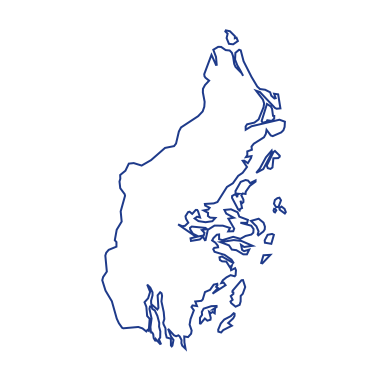 Stockholm, Albers equal-area conic projection, rotated 350°
{"feature_id": "SWE-194", "entity_name": "Stockholm", "entity_type": "County", "adm_level": 1, "iso_a3": "SWE", "parent_name": "Sweden", "parent_adm1": "", "projection": "albers", "projection_center": [18.361, 59.539], "detail": "fine", "context": "isolated", "style": "outline", "palette": "blue", "viewbox_px": 384, "rotation_deg": 350, "n_neighbors": 0, "source": "natural_earth", "source_scale": "10m", "svg_char_len": 6128}
<svg xmlns="http://www.w3.org/2000/svg" viewBox="0 0 384 384"><g transform="rotate(350 192 192)"><path d="M235.0,60.3L237.7,71.0L238.4,71.0L239.1,63.2L237.7,55.6L243.0,53.6L245.9,54.2L249.8,58.1L253.7,59.2L255.4,61.7L256.0,65.4L255.8,73.2L256.6,76.4L261.6,83.7L262.5,86.5L260.7,80.7L258.6,75.0L257.4,69.1L258.9,62.5L263.1,60.1L264.6,61.0L265.5,72.2L270.6,89.0L274.6,99.5L276.8,102.4L281.8,104.0L286.3,107.4L286.8,110.9L289.4,114.2L290.7,114.1L289.9,109.5L293.8,110.8L293.6,125.0L289.8,124.7L288.3,123.6L276.2,105.3L272.7,103.4L277.9,113.4L278.4,117.3L277.2,120.9L270.2,132.1L265.5,134.5L258.0,134.9L256.2,136.8L255.7,140.0L262.0,137.6L290.7,136.0L295.7,138.9L294.5,144.0L292.7,147.1L290.2,148.8L281.2,151.0L279.4,150.0L276.2,143.7L274.8,147.6L272.4,150.6L261.2,155.2L258.5,157.6L258.3,160.8L253.5,161.6L252.9,165.2L251.2,167.0L256.8,167.0L256.0,168.8L252.0,173.3L248.9,170.2L247.4,170.1L250.5,176.9L245.2,181.9L240.3,184.1L233.8,190.5L227.3,193.1L215.3,206.3L211.4,207.0L202.6,206.0L202.6,207.6L206.6,210.6L205.0,212.1L200.3,212.2L204.2,215.3L203.5,218.4L205.4,220.4L210.5,221.6L207.0,224.3L200.1,224.1L193.3,221.8L190.0,218.5L192.7,217.2L195.5,218.5L194.6,212.0L194.0,210.6L192.6,210.3L188.4,213.6L186.2,211.0L184.7,211.1L181.4,214.7L181.4,217.2L183.0,221.6L179.2,224.1L176.5,224.0L172.7,221.5L188.4,237.0L182.5,237.4L182.5,240.0L191.5,240.1L194.2,238.4L195.4,238.8L196.3,241.7L197.0,241.7L201.0,232.0L208.3,229.0L216.5,230.5L223.2,234.0L220.8,237.1L225.8,237.8L227.2,235.4L223.2,224.6L228.7,224.6L222.0,219.2L220.8,215.3L227.4,215.8L233.4,219.9L234.3,224.5L242.2,229.2L240.9,232.0L234.3,230.7L244.5,235.5L246.2,239.2L245.3,242.7L243.1,244.2L237.1,244.6L231.5,246.5L224.8,243.3L213.6,244.7L210.5,243.2L211.3,238.5L209.0,238.4L205.2,241.0L203.4,243.2L206.2,245.9L208.1,249.4L208.1,251.0L204.2,250.9L203.0,252.0L203.8,254.8L213.2,259.6L219.1,265.4L220.8,269.5L210.3,260.7L207.7,261.1L207.7,263.8L209.6,265.5L213.7,266.5L216.2,272.6L218.5,271.2L216.9,274.3L216.9,275.8L221.2,274.5L221.7,276.7L220.5,281.5L219.4,282.4L215.6,280.6L211.2,282.0L207.0,284.3L205.0,286.8L207.4,286.7L208.9,289.6L194.6,295.7L200.9,291.1L199.3,289.6L200.9,288.2L200.9,286.8L197.3,287.0L192.8,291.5L187.4,292.8L183.9,299.7L182.4,300.8L176.2,300.4L177.1,305.2L172.8,303.8L171.5,305.2L173.3,308.8L168.5,316.9L166.6,322.2L167.6,328.4L166.5,331.4L162.9,334.2L159.3,332.9L158.4,338.8L158.4,345.3L155.7,341.6L155.3,339.0L156.0,336.0L154.8,332.1L153.7,330.8L151.3,331.3L149.4,330.0L144.7,322.6L146.2,330.6L148.1,334.5L146.0,339.9L145.2,340.5L144.6,339.5L145.7,332.8L141.8,330.9L141.5,326.7L142.2,321.6L141.0,317.3L141.0,315.6L142.7,312.3L143.3,305.3L142.9,294.4L144.5,289.1L144.4,286.5L143.2,285.2L140.2,287.8L138.8,300.3L137.5,301.7L132.4,295.3L132.8,292.0L135.2,286.9L135.7,283.9L134.3,278.9L131.8,275.4L133.4,283.1L130.3,289.1L126.1,292.3L127.1,297.1L126.3,306.3L128.3,309.5L125.3,321.2L124.2,320.1L122.8,321.4L119.5,317.7L115.7,315.6L100.7,314.3L99.6,313.6L97.2,308.5L95.9,303.6L94.1,285.7L89.7,274.1L88.3,263.3L89.7,260.3L94.3,255.6L95.6,239.6L97.0,236.9L99.9,234.5L108.1,232.7L108.9,228.2L107.6,226.1L111.3,216.1L117.6,208.9L118.4,198.7L125.4,184.1L125.3,182.4L122.0,175.8L122.4,169.1L123.7,166.5L124.2,162.8L130.1,159.5L134.7,153.1L139.6,153.4L147.0,157.2L157.2,153.5L173.1,143.9L182.3,143.7L184.7,141.5L189.6,130.1L192.4,126.5L211.2,118.4L216.5,114.5L218.9,110.2L220.1,105.4L220.0,95.8L220.7,92.3L223.4,88.9L228.2,85.3L225.1,81.8L224.4,80.2L224.5,78.1L235.0,60.3ZM250.0,196.0L245.0,201.0L244.4,203.2L241.6,202.3L240.0,203.8L241.3,208.4L240.9,210.8L239.7,211.6L238.7,210.9L238.2,209.0L238.5,216.5L236.4,217.1L235.7,218.5L234.4,217.1L230.4,204.7L230.8,202.9L233.5,201.9L234.8,202.5L235.8,205.0L236.0,202.8L238.1,202.0L234.7,201.1L235.0,198.6L241.7,190.5L246.8,189.5L249.2,190.5L250.8,193.3L256.6,191.6L256.4,192.8L250.0,196.0ZM137.0,315.2L136.2,318.9L136.6,323.8L135.7,328.2L135.4,329.8L133.8,331.3L134.9,335.9L134.2,336.1L131.1,331.1L131.0,332.2L129.9,331.9L128.9,329.2L129.1,325.4L128.4,323.5L127.4,323.3L127.3,321.7L127.6,317.8L130.2,309.6L129.8,299.7L130.8,297.4L132.1,297.3L132.7,300.3L134.8,302.2L136.4,308.0L137.0,315.2ZM226.9,287.6L227.9,294.8L224.3,301.1L221.9,302.8L220.9,308.2L219.3,311.4L215.0,312.5L211.3,308.2L210.9,306.5L213.3,305.2L212.1,301.2L215.0,299.6L215.3,298.1L214.4,297.4L214.8,296.3L225.4,287.5L226.9,287.6ZM221.2,255.6L219.2,251.0L211.3,246.3L224.8,246.6L232.0,248.7L242.3,255.5L233.8,255.2L231.1,252.6L231.3,257.7L233.0,259.3L238.3,258.7L235.3,262.9L231.7,262.3L225.6,257.0L221.2,255.6ZM285.0,131.0L286.2,131.4L285.7,133.9L282.8,135.8L278.6,134.4L277.6,135.7L273.6,136.1L272.9,134.2L281.1,118.3L284.4,121.3L285.3,123.8L285.0,131.0ZM194.2,311.8L193.3,315.4L191.5,313.7L189.7,314.5L188.1,313.0L188.6,319.2L188.0,321.0L184.8,321.4L182.7,318.8L177.7,323.1L177.0,322.8L178.0,317.3L180.6,314.7L180.8,311.9L183.2,308.9L191.2,307.8L196.4,308.5L196.3,309.5L192.0,311.4L194.2,311.8ZM208.6,321.0L212.0,318.6L212.8,319.2L212.4,321.4L210.6,323.6L204.9,327.3L208.0,330.6L198.8,333.4L196.3,335.4L193.7,334.1L193.9,332.1L197.5,326.5L201.6,323.2L208.6,321.0ZM249.5,237.0L245.1,230.7L253.0,229.9L257.1,234.6L257.8,238.8L257.1,241.5L255.4,243.3L249.8,246.2L249.3,245.2L250.7,242.3L249.5,237.0ZM183.9,226.9L185.8,226.0L199.0,229.7L200.3,231.1L195.1,231.2L197.2,234.4L196.0,236.8L190.7,236.9L185.7,233.3L183.7,228.5L183.9,226.9ZM252.8,46.4L254.6,42.3L252.7,39.7L253.4,38.7L257.3,40.3L261.3,46.0L260.9,48.0L262.6,47.7L263.4,51.3L258.2,53.7L254.1,52.5L252.8,46.4ZM280.8,166.0L284.7,171.5L284.5,172.5L282.7,173.6L278.0,172.9L275.5,181.8L273.3,182.9L270.8,181.7L270.2,179.0L279.1,166.9L280.8,166.0ZM277.6,167.1L266.2,181.8L258.6,184.3L263.0,180.5L270.8,170.7L277.6,165.1L277.6,167.1ZM263.6,247.2L265.2,248.4L261.1,256.8L255.0,254.6L255.2,252.2L259.0,247.3L263.6,247.2ZM278.2,215.6L274.6,221.7L272.1,221.4L270.7,217.8L272.2,214.3L275.0,212.9L277.1,212.8L278.2,215.6ZM251.4,266.7L258.3,267.5L248.9,274.5L247.8,273.9L251.4,266.7ZM280.2,224.7L280.9,228.1L279.7,229.3L275.3,224.7L275.2,223.1L277.7,221.9L280.2,224.7ZM270.0,222.8L271.3,223.4L271.8,224.8L270.2,226.5L269.3,225.7L269.1,224.3L270.0,222.8Z" fill="none" stroke="#1e3a8a" stroke-width="2"/></g></svg>